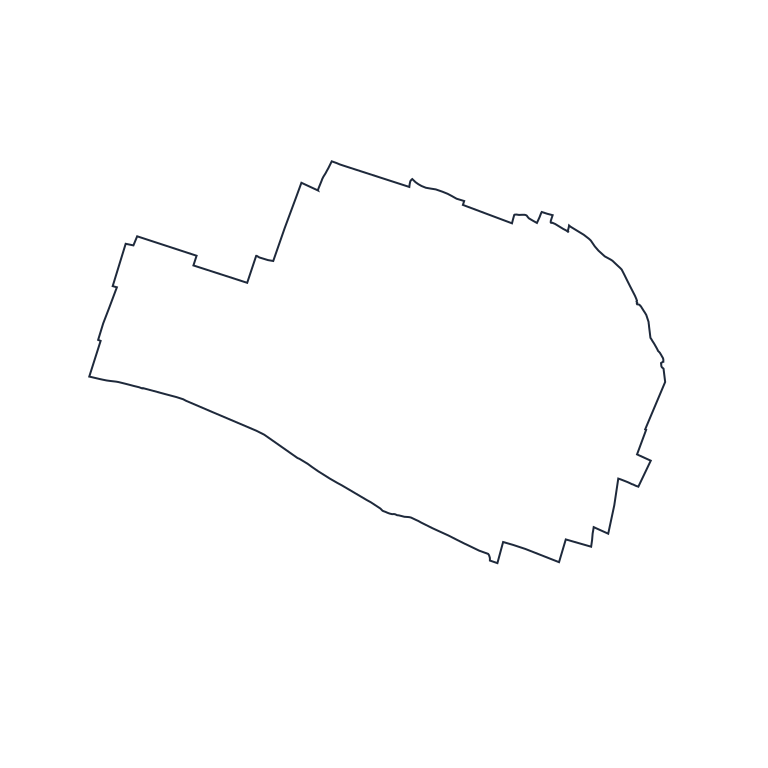 Viisoara, Botosani, Romania (orthographic projection), rotated 337°
{"feature_id": "2599482B94706495539971", "entity_name": "Viisoara", "entity_type": "district", "adm_level": 2, "iso_a3": "ROU", "parent_name": "Romania", "parent_adm1": "Botosani", "projection": "orthographic", "projection_center": [26.762, 48.16], "detail": "fine", "context": "isolated", "style": "outline", "palette": "slate", "viewbox_px": 768, "rotation_deg": 337, "n_neighbors": 0, "source": "geoboundaries", "source_scale": "gbopen_adm2", "svg_char_len": 3454}
<svg xmlns="http://www.w3.org/2000/svg" viewBox="0 0 768 768"><g transform="rotate(337 384 384)"><path d="M531.9,609.4L548.6,585.6L562.7,562.6L564.5,564.2L568.1,567.7L570.0,569.6L572.1,571.9L572.9,572.9L574.0,573.8L575.4,575.4L576.5,576.6L577.2,577.1L578.0,577.9L599.6,558.8L589.4,547.7L607.4,528.6L606.7,527.8L643.6,492.0L647.3,479.1L646.8,478.1L646.3,477.2L646.3,475.7L646.7,474.8L647.0,473.4L647.3,472.9L648.0,472.9L649.1,472.5L649.8,472.7L650.3,471.6L650.8,470.2L650.9,468.5L650.7,467.8L650.5,465.6L650.1,462.9L649.1,460.3L649.2,459.8L649.2,459.5L649.1,458.5L649.0,457.3L648.4,452.2L647.9,449.4L647.6,447.1L647.3,445.6L647.9,443.5L649.2,439.0L650.4,434.8L651.0,432.9L651.3,431.7L651.8,430.2L651.9,429.0L652.4,422.9L652.0,420.0L651.7,418.5L651.4,416.6L651.0,414.2L650.9,413.3L650.8,412.8L650.4,412.0L650.3,411.6L650.2,411.1L649.8,410.6L649.1,410.1L648.8,409.9L648.2,409.6L648.1,409.2L648.1,408.8L648.6,408.3L648.9,408.0L648.9,407.7L648.6,406.9L648.7,406.7L649.0,406.5L649.3,406.2L649.5,405.9L649.4,405.6L649.4,405.0L649.5,404.5L649.5,402.5L649.5,401.1L649.4,399.6L648.7,390.1L648.3,383.9L647.9,376.9L647.5,371.5L646.7,369.4L645.6,367.0L644.1,363.6L642.5,359.9L641.3,358.1L639.0,355.2L637.1,352.8L635.8,350.0L633.5,345.0L631.8,339.7L630.4,332.7L629.4,330.4L626.2,324.7L617.1,312.0L616.3,310.4L615.8,311.2L615.1,312.2L614.2,313.4L613.6,314.1L613.3,314.8L613.1,315.6L613.2,316.6L612.8,315.6L611.5,313.6L609.6,311.3L604.1,303.6L601.9,301.3L601.5,301.3L600.7,300.8L600.6,300.4L601.2,299.1L601.7,298.5L603.7,296.2L605.2,294.5L600.8,291.1L596.4,287.3L595.3,288.2L592.3,291.3L587.7,295.5L585.2,292.3L582.1,288.1L581.6,286.6L581.2,284.8L580.5,283.9L579.4,283.1L577.2,282.2L574.3,281.1L572.2,279.8L570.6,279.2L569.9,279.3L566.8,283.2L564.6,286.1L526.6,250.0L529.3,246.9L523.2,241.8L519.9,237.5L516.9,233.8L512.9,229.8L507.7,225.1L502.9,222.1L499.2,219.7L495.9,216.4L493.7,213.5L491.9,210.6L490.1,206.4L489.3,206.6L488.5,207.0L487.5,207.6L486.8,208.5L485.7,210.1L484.3,212.5L431.6,166.8L429.0,164.5L426.8,162.2L422.9,158.6L417.2,163.5L415.0,165.2L412.4,167.3L409.2,169.5L407.1,171.3L406.2,172.3L404.6,173.9L402.4,176.1L400.7,177.8L399.9,178.6L399.4,179.2L398.9,179.8L398.9,180.1L386.6,166.5L376.7,177.1L353.4,201.8L330.1,227.5L325.6,224.6L318.7,218.8L316.9,216.3L316.4,216.1L297.6,237.4L254.9,200.4L261.6,192.7L214.5,151.6L207.5,158.5L201.0,154.0L172.5,187.9L175.9,190.6L160.8,206.5L149.2,218.5L138.1,231.7L140.0,233.6L115.6,262.0L124.2,268.3L126.6,270.0L130.1,272.4L133.3,274.3L135.6,275.6L138.4,277.2L140.4,278.5L142.4,280.0L146.4,283.0L149.4,285.3L153.0,288.1L155.3,289.8L157.3,291.3L159.4,293.3L160.0,293.7L160.2,293.8L160.3,293.7L160.5,293.6L179.4,308.4L187.9,315.0L193.2,319.6L195.2,322.1L214.9,342.6L248.2,377.1L253.9,383.8L275.5,418.4L276.9,419.8L282.6,427.7L285.2,432.1L289.3,438.6L297.1,449.8L302.3,456.7L305.5,460.7L322.8,484.1L325.5,487.5L332.0,497.2L333.1,500.0L333.3,500.3L333.9,500.9L335.6,502.5L336.4,503.4L337.4,504.4L338.6,505.5L340.5,506.9L342.5,507.7L343.5,508.4L344.8,509.9L346.3,510.7L348.3,512.2L350.9,514.2L351.9,514.7L353.5,515.5L355.2,516.4L356.7,517.5L360.6,521.9L362.0,523.4L364.0,526.0L367.5,530.1L372.2,535.6L376.2,540.0L384.0,548.5L390.3,556.0L396.0,562.7L396.6,563.3L406.5,574.6L413.5,581.1L413.8,582.7L413.5,585.5L412.5,587.9L418.4,593.2L431.9,576.0L439.9,582.5L449.7,591.1L475.5,616.4L490.6,598.1L511.1,614.7L514.6,608.9L517.6,603.2L519.8,599.8L521.1,597.7L531.9,609.4Z" fill="none" stroke="#1e293b" stroke-width="2"/></g></svg>